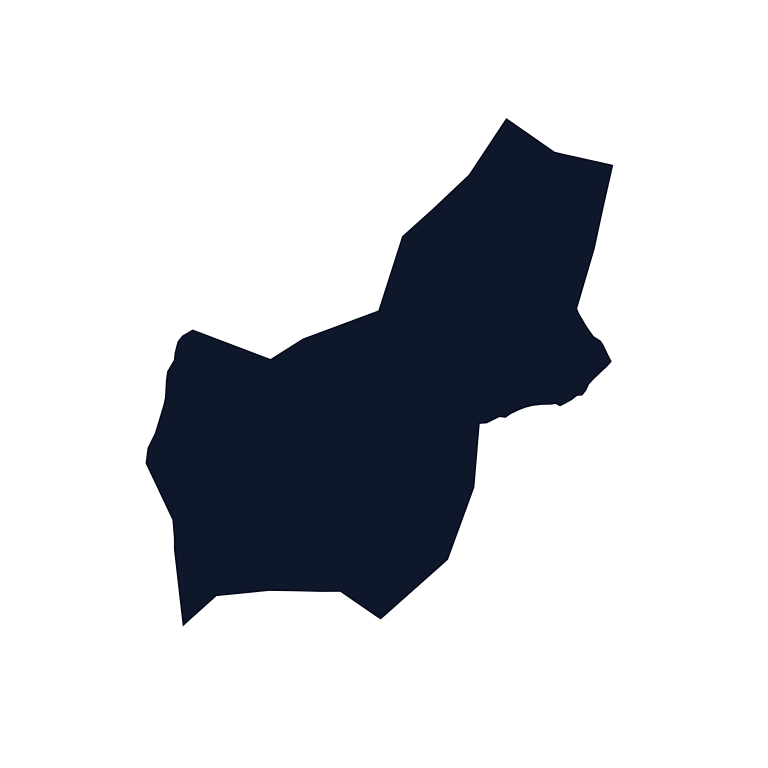 outline of Bela Vista do Piauí, Piauí, Brazil, rotated 107°
{"feature_id": "56859067B1164348175841", "entity_name": "Bela Vista do Piauí", "entity_type": "district", "adm_level": 2, "iso_a3": "BRA", "parent_name": "Brazil", "parent_adm1": "Piauí", "projection": "mercator", "projection_center": [-41.861, -7.998], "detail": "fine", "context": "isolated", "style": "filled", "palette": "ink", "viewbox_px": 768, "rotation_deg": 107, "n_neighbors": 0, "source": "geoboundaries", "source_scale": "gbopen_adm2", "svg_char_len": 1082}
<svg xmlns="http://www.w3.org/2000/svg" viewBox="0 0 768 768"><g transform="rotate(107 384 384)"><path d="M609.2,318.6L533.1,272.2L456.5,268.1L393.7,281.7L390.8,274.4L385.8,269.2L381.1,264.1L380.1,258.2L375.6,254.9L369.8,248.7L364.9,242.6L360.9,236.1L357.2,227.6L354.3,218.7L352.1,214.2L353.1,209.4L349.2,205.4L344.1,200.4L338.2,196.3L336.4,191.6L330.7,189.4L324.0,188.5L317.4,185.3L312.7,182.6L308.4,180.2L301.9,176.4L296.1,173.7L291.4,178.3L287.6,181.8L283.4,185.6L279.9,189.7L277.7,197.7L273.0,204.0L268.3,209.6L264.4,213.7L260.3,218.3L255.8,222.1L193.0,222.8L151.9,226.3L108.3,229.5L112.0,277.3L112.8,288.7L94.9,344.3L159.3,363.4L202.6,388.0L237.6,409.1L298.5,409.9L315.7,410.1L364.9,474.4L394.1,499.5L388.6,582.6L397.2,590.5L403.9,593.1L415.4,592.6L422.4,591.2L435.5,594.3L444.0,592.9L460.6,588.8L467.8,588.1L488.1,588.0L498.0,588.0L514.3,590.7L529.2,588.1L575.5,545.9L593.0,539.0L603.1,535.9L616.2,530.2L673.1,505.4L668.5,502.8L635.2,482.7L614.8,433.9L607.6,409.1L600.7,384.4L594.7,365.1L607.9,323.4L609.2,318.6Z" fill="#0f172a" stroke="#020617" stroke-width="1.5"/></g></svg>